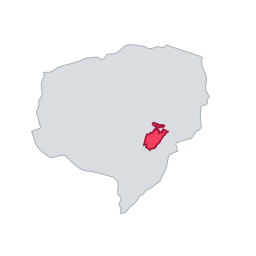 Umguza, Matabeleland North, Zimbabwe shown in context, rotated 252°
{"feature_id": "62879985B92853728292751", "entity_name": "Umguza", "entity_type": "district", "adm_level": 2, "iso_a3": "ZWE", "parent_name": "Zimbabwe", "parent_adm1": "Matabeleland North", "projection": "equal_earth", "projection_center": [27.996, -19.86], "detail": "fine", "context": "in_parent", "style": "filled", "palette": "rose", "viewbox_px": 256, "rotation_deg": 252, "n_neighbors": 0, "source": "geoboundaries", "source_scale": "gbopen_adm2", "svg_char_len": 5631}
<svg xmlns="http://www.w3.org/2000/svg" viewBox="0 0 256 256"><g transform="rotate(252 128 128)"><path d="M171.7,220.6L169.9,219.1L167.4,218.1L164.2,217.6L160.1,217.8L155.0,218.6L149.6,217.6L143.8,214.7L138.9,213.7L133.2,214.9L132.9,215.0L131.9,214.0L130.3,211.9L127.7,211.5L127.0,211.0L126.4,210.2L126.0,209.2L125.9,208.1L126.3,204.6L126.1,204.2L125.4,203.8L123.9,203.4L120.5,201.8L116.1,200.2L109.0,198.6L106.3,198.1L105.6,197.6L104.8,196.3L103.5,192.3L102.2,189.6L99.1,185.6L98.6,184.3L98.8,181.0L99.0,178.4L99.3,176.2L99.2,174.1L99.1,171.5L99.2,169.7L98.8,169.0L97.7,168.5L94.5,168.2L90.7,168.3L90.6,165.7L90.2,161.6L89.5,159.2L88.6,158.0L86.8,156.7L83.3,155.0L78.4,152.3L74.3,148.4L69.5,143.5L68.0,142.6L66.2,138.0L63.5,130.1L63.7,127.5L63.3,126.2L60.6,122.3L60.1,120.3L59.6,118.3L55.4,112.6L54.0,110.1L52.9,106.9L51.8,104.3L50.9,103.3L49.7,101.6L48.9,99.6L48.5,98.1L48.8,96.1L49.2,94.7L53.2,96.2L55.3,96.3L57.0,95.6L59.1,96.5L61.6,99.1L64.3,99.6L67.2,98.0L71.2,98.5L76.2,101.0L80.4,101.6L85.3,99.3L89.7,93.0L93.8,87.0L97.9,80.1L100.3,74.6L103.9,70.0L108.7,66.5L113.5,63.6L121.0,60.0L122.4,57.0L122.9,53.7L122.9,49.2L123.3,46.3L124.1,44.9L125.3,43.9L126.9,42.5L131.8,39.1L135.9,36.9L140.9,35.4L146.4,35.4L151.7,35.4L154.7,35.4L154.7,39.8L154.9,44.7L155.5,45.1L159.4,45.2L165.8,45.6L171.9,45.9L175.8,49.5L177.1,50.2L181.1,51.2L186.3,57.1L192.5,57.7L196.8,59.5L200.5,61.6L202.7,64.0L204.1,64.5L206.0,64.7L206.9,64.9L206.7,66.7L205.4,69.7L205.5,73.9L207.2,79.8L207.4,84.9L206.8,94.0L206.7,102.7L206.9,105.8L207.1,107.9L207.5,109.0L207.4,110.3L206.3,114.0L205.5,117.8L205.4,119.4L205.1,120.4L204.5,121.4L201.8,123.2L201.3,124.3L201.3,126.3L201.6,127.9L202.6,128.5L203.8,129.5L204.3,130.7L204.3,132.1L203.9,134.5L202.7,138.5L203.8,143.2L205.0,146.2L206.6,149.7L207.3,151.8L207.2,153.3L206.9,154.8L204.4,161.2L202.5,165.1L200.3,169.3L197.3,172.0L196.6,173.3L196.3,174.7L196.3,177.9L196.2,181.2L193.6,186.2L195.1,190.6L194.8,191.0L193.9,191.6L190.3,196.5L186.6,201.5L184.0,205.1L180.9,209.3L177.5,213.9L174.6,217.8L171.7,220.6Z" fill="#d9dde1" stroke="#a8b0b8" stroke-width="1"/><path d="M104.1,139.0L101.6,141.4L101.4,141.3L101.2,141.3L101.0,141.5L100.8,141.6L100.7,141.6L100.8,141.7L100.8,141.8L100.7,141.9L100.6,142.1L100.4,142.3L100.4,142.5L100.5,142.8L100.7,143.0L100.8,143.1L100.9,143.3L100.9,143.5L100.8,144.1L100.7,144.3L100.8,144.4L101.1,144.6L100.9,144.9L100.8,145.1L100.8,145.4L100.8,145.6L100.7,145.7L100.7,146.1L100.6,146.3L100.5,146.5L100.7,146.8L100.8,146.9L100.8,147.0L100.8,147.3L101.0,147.3L101.0,147.5L101.1,147.9L101.2,148.0L101.3,148.0L101.5,148.3L101.8,148.4L101.8,148.5L101.8,148.8L101.8,149.0L102.0,149.0L102.1,149.3L102.4,149.4L102.4,149.5L102.4,149.8L102.6,149.9L102.9,150.0L103.0,150.0L103.3,150.0L103.4,150.4L103.4,150.5L103.4,150.8L103.5,150.8L103.5,151.0L103.7,151.4L103.7,151.5L103.8,151.7L103.8,151.9L103.8,152.0L103.9,152.3L104.0,152.3L104.3,152.4L104.4,152.5L104.4,152.8L104.5,152.9L104.5,153.0L104.5,153.3L104.6,153.5L104.7,153.8L104.8,153.9L104.9,154.0L105.0,154.0L105.2,154.3L105.3,154.5L105.5,154.5L105.8,154.6L106.0,154.7L106.2,155.0L106.3,155.1L106.4,155.3L107.1,156.4L107.4,156.6L107.9,157.1L108.0,157.3L108.1,157.6L108.2,158.0L108.4,158.3L108.5,158.3L108.8,158.4L109.0,158.5L109.2,158.8L109.2,159.0L109.3,159.1L109.4,159.3L109.6,159.7L109.7,160.1L109.8,160.2L109.9,160.4L109.9,160.5L110.1,160.5L110.1,160.8L110.4,161.1L110.4,161.4L110.5,161.5L110.8,161.7L110.9,161.8L110.9,162.0L111.1,162.1L111.3,162.2L111.4,162.6L111.5,162.7L111.5,162.8L111.6,163.0L111.7,162.7L112.1,164.9L112.3,165.1L112.6,164.4L112.8,163.9L113.1,163.3L113.2,163.2L113.3,163.2L113.5,163.3L114.1,163.3L114.2,163.0L114.7,162.5L114.7,162.3L114.8,162.2L115.1,161.7L115.4,161.7L115.8,160.7L115.7,160.6L115.5,160.4L115.3,160.4L115.2,160.5L115.3,159.9L114.1,159.6L114.2,159.8L114.3,159.9L114.3,160.1L113.4,159.9L113.2,159.5L114.0,159.4L113.8,158.9L113.4,158.9L113.5,158.5L113.8,158.5L113.6,155.7L113.9,156.0L114.0,156.0L114.4,156.4L114.5,156.6L114.7,156.8L114.9,157.2L115.8,156.9L115.8,156.4L116.1,156.1L116.3,156.2L116.3,156.4L116.5,156.5L116.6,156.8L116.6,156.5L117.0,156.0L117.1,155.8L117.7,154.2L118.4,155.4L119.0,155.7L118.9,155.9L118.8,156.0L118.6,156.6L118.6,156.8L118.5,157.1L118.4,157.1L118.9,157.1L118.8,157.6L118.7,157.7L118.7,158.0L118.6,158.3L118.9,158.4L119.1,158.3L118.6,159.4L118.8,159.7L118.8,159.8L119.0,159.8L119.0,160.0L119.2,160.3L119.5,160.5L119.5,160.8L119.4,160.8L119.3,161.1L119.2,161.3L119.0,161.1L119.0,161.3L118.8,161.3L118.9,161.6L118.6,161.4L118.4,161.4L118.3,161.5L118.2,161.5L117.9,161.6L117.7,161.6L118.0,162.0L118.2,162.3L118.7,163.0L118.9,163.4L120.0,162.5L119.8,162.2L120.4,161.3L120.6,161.1L120.9,160.2L121.2,159.2L120.9,159.1L121.0,159.0L121.1,158.9L121.2,158.7L121.4,158.6L121.5,158.8L122.8,157.3L121.9,156.5L123.6,156.3L124.9,154.5L125.3,154.1L124.7,152.6L123.0,152.8L122.0,153.3L121.9,154.4L121.4,154.5L121.2,155.2L120.7,154.5L120.4,154.6L120.2,154.8L119.9,155.1L119.6,155.2L119.0,154.0L118.7,154.3L118.6,153.8L118.3,153.5L118.3,153.4L118.4,153.2L118.1,153.2L118.0,152.9L117.8,152.8L117.8,152.7L118.0,152.6L117.9,152.6L117.9,152.4L117.8,152.5L117.7,152.3L117.7,152.2L117.8,152.1L117.7,152.0L117.5,151.9L117.5,152.0L117.4,151.8L117.5,151.8L117.5,151.7L117.4,151.7L117.2,151.4L117.3,151.3L117.1,151.1L116.9,151.1L116.9,150.7L116.5,150.7L116.0,149.9L116.6,147.7L116.2,147.5L116.3,147.5L115.5,146.5L115.4,146.3L115.4,146.1L115.4,145.8L115.5,145.6L116.3,144.1L115.5,143.5L114.4,142.6L113.9,142.2L113.5,141.8L111.2,140.4L109.6,139.5L109.4,139.3L108.2,138.6L107.8,138.3L106.8,137.7L106.7,140.7L106.3,140.4L105.3,139.8L104.1,139.0Z" fill="#f43f5e" stroke="#9f1239" stroke-width="1.5"/></g></svg>